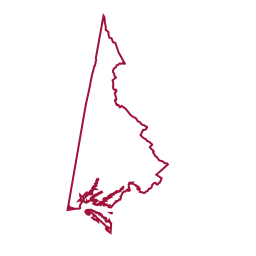 the border of Virginia, rotated 100°
{"feature_id": "USA-3552", "entity_name": "Virginia", "entity_type": "State", "adm_level": 1, "iso_a3": "USA", "parent_name": "United States of America", "parent_adm1": "", "projection": "natural_earth1", "projection_center": [-77.892, 37.995], "detail": "fine", "context": "isolated", "style": "outline", "palette": "rose", "viewbox_px": 256, "rotation_deg": 100, "n_neighbors": 0, "source": "natural_earth", "source_scale": "10m", "svg_char_len": 6083}
<svg xmlns="http://www.w3.org/2000/svg" viewBox="0 0 256 256"><g transform="rotate(100 128 128)"><path d="M215.3,173.3L214.5,172.0L214.8,173.3L112.1,173.6L97.3,172.9L83.4,172.7L72.9,171.9L72.5,171.4L66.2,171.2L65.0,171.8L21.7,171.6L22.8,170.6L25.7,169.6L28.1,169.3L29.9,168.3L32.6,167.4L35.4,166.9L35.5,166.1L37.1,163.8L38.5,163.7L42.0,162.3L42.4,161.5L42.5,159.8L46.0,157.7L46.3,157.0L46.2,155.6L46.9,154.9L55.2,150.4L65.1,142.3L65.4,142.8L65.5,143.3L64.6,144.4L65.9,145.5L66.0,147.5L67.5,148.7L68.0,149.7L68.6,150.2L70.2,150.4L71.1,151.5L72.7,152.5L74.6,152.7L75.5,152.5L77.0,151.0L78.8,150.6L80.2,148.7L80.9,148.8L81.6,149.8L83.0,150.7L83.7,151.5L86.0,150.4L88.6,150.0L89.5,149.6L90.6,149.9L92.3,148.9L92.8,148.1L92.4,147.1L92.4,146.5L93.3,145.8L94.5,146.0L94.7,146.5L95.8,147.2L101.3,144.5L102.3,144.5L102.6,145.6L103.2,145.7L107.2,143.2L107.4,142.5L106.9,142.1L106.9,141.5L109.0,139.7L108.8,139.1L107.4,138.2L107.5,137.7L109.5,133.6L114.7,127.8L116.2,125.0L116.8,122.2L119.9,119.2L119.9,117.9L120.6,116.7L121.4,116.2L122.5,114.1L122.6,112.2L123.2,111.2L123.7,109.4L124.0,109.3L126.2,110.1L127.3,112.1L127.2,112.8L132.8,114.4L135.0,111.4L136.1,108.2L137.5,106.9L137.9,104.8L140.0,101.4L140.3,101.3L142.9,103.2L143.3,103.1L146.4,98.7L146.7,98.6L147.2,99.1L148.1,98.8L149.2,97.4L150.5,96.8L151.2,95.8L151.2,95.3L151.7,94.5L154.5,91.6L154.8,88.1L156.1,86.1L156.3,85.3L156.1,83.4L157.0,82.4L169.1,92.0L171.7,86.1L176.1,87.1L176.8,88.2L178.4,88.9L178.6,89.4L178.6,90.0L177.4,91.2L177.2,91.7L177.6,92.6L179.5,94.2L181.7,94.4L183.2,95.0L183.8,95.6L184.2,96.9L186.4,97.6L187.6,99.4L188.4,99.6L189.3,101.1L189.0,101.5L189.1,102.9L188.8,103.3L188.9,105.4L187.2,105.7L186.8,106.6L185.9,106.2L185.9,106.5L186.7,107.9L185.4,108.4L184.9,108.0L185.2,107.3L185.0,107.0L184.3,107.2L183.9,108.7L183.3,109.5L183.6,110.0L183.0,110.4L182.9,111.2L181.9,113.7L182.2,115.1L181.1,114.4L181.3,115.0L182.7,116.3L182.8,116.7L181.5,116.9L181.6,117.1L183.9,117.5L185.9,116.9L186.8,116.3L188.0,116.3L188.7,115.5L189.1,115.4L189.8,116.1L189.8,117.5L189.6,117.8L188.8,117.9L190.1,119.1L191.0,119.4L191.3,121.2L192.3,121.6L193.1,122.3L196.3,122.8L196.7,123.5L198.2,122.8L199.0,123.3L199.8,123.1L200.2,123.7L200.0,124.3L201.9,125.5L202.2,126.2L201.9,126.5L202.0,127.0L203.7,127.3L203.9,127.6L203.5,127.8L209.1,130.8L209.4,132.2L209.1,133.4L208.6,133.3L207.4,132.3L207.2,132.5L208.0,134.7L207.7,135.7L207.2,135.8L208.2,136.9L208.2,137.2L207.2,137.2L207.3,137.7L206.8,138.2L207.4,139.2L207.7,139.2L207.3,139.6L205.2,138.9L204.5,138.2L204.3,138.4L203.6,136.9L203.0,138.5L202.7,138.6L201.9,136.7L199.7,133.6L199.2,133.8L198.8,133.5L198.7,132.7L198.4,133.0L197.7,132.9L196.0,130.5L194.4,129.6L193.9,128.4L193.2,128.1L191.8,124.9L191.1,124.3L189.7,124.1L189.0,122.8L188.6,122.6L187.0,122.3L186.8,122.6L187.4,123.1L188.8,123.1L189.0,124.1L189.4,124.6L191.1,125.0L192.0,126.0L192.1,128.4L193.2,128.8L193.5,129.6L195.3,131.2L196.4,133.4L197.3,134.4L198.4,134.4L198.5,135.5L199.9,136.0L200.8,137.3L201.0,138.7L201.5,139.5L202.2,139.9L204.6,139.6L205.2,140.5L208.2,141.3L207.4,141.8L205.5,142.2L205.5,142.4L207.8,143.7L208.1,142.9L208.6,142.9L208.8,143.9L208.4,144.7L209.3,145.1L208.9,148.6L208.4,149.1L207.9,148.7L207.3,147.0L206.2,147.1L205.0,145.3L204.6,146.0L205.3,146.9L204.5,146.7L204.1,147.2L205.3,148.5L204.5,149.0L205.5,149.0L206.1,150.1L205.9,150.6L202.9,151.3L201.3,149.0L200.8,148.8L199.2,146.3L198.3,145.8L197.0,143.7L195.7,142.4L195.4,142.7L195.3,143.3L196.1,143.9L197.2,145.8L198.0,146.3L200.2,149.9L203.7,152.5L205.7,151.9L206.0,152.3L205.9,153.1L206.1,153.6L206.6,154.0L206.7,153.7L207.5,154.2L208.1,155.1L206.9,156.0L208.7,156.1L208.6,157.7L208.0,158.7L206.5,159.0L205.4,159.8L204.7,159.9L204.1,158.2L202.3,157.4L201.7,156.4L201.3,156.5L200.1,155.4L199.8,154.6L200.1,153.8L199.5,152.2L198.9,151.8L197.0,152.3L196.7,153.0L196.1,151.9L193.9,150.9L193.7,149.0L193.4,149.6L193.3,150.7L192.6,151.4L192.0,151.5L190.5,149.1L189.9,149.2L188.8,150.2L188.4,149.2L187.9,148.9L186.6,149.2L185.7,148.8L184.7,148.9L183.9,148.2L183.2,148.8L183.5,149.4L185.8,150.1L188.0,150.1L188.5,150.8L189.8,149.9L190.3,150.1L190.9,151.6L192.9,152.7L195.2,152.7L196.2,154.0L197.4,154.5L198.1,153.2L198.6,153.4L198.9,155.9L198.5,157.1L198.8,157.8L201.1,158.3L200.7,158.9L201.6,159.3L203.0,160.6L203.5,162.1L202.3,163.5L203.0,163.4L204.5,162.4L205.9,162.3L207.1,162.8L207.3,163.5L208.2,163.9L207.5,162.8L207.9,161.9L207.2,161.4L207.2,160.7L207.7,160.4L208.7,160.4L212.3,161.8L213.5,161.9L214.6,161.2L215.4,161.3L215.8,161.9L216.5,165.2L219.3,173.3L218.6,173.3L218.6,171.8L218.1,171.0L217.4,168.4L216.6,168.0L216.2,171.5L216.4,173.3L215.3,173.3ZM231.0,127.3L229.9,128.2L229.5,129.0L229.9,129.6L229.5,130.1L229.9,130.3L229.2,131.1L230.0,131.4L229.8,131.7L228.1,133.1L221.2,143.8L220.0,144.9L220.2,145.3L219.9,146.0L220.6,146.4L220.5,146.6L219.8,146.9L219.1,146.7L218.3,148.0L217.4,151.5L217.1,154.9L216.8,155.2L216.3,154.9L215.4,153.1L215.6,151.6L215.0,151.1L215.1,150.3L215.9,149.2L215.2,149.2L215.8,147.5L215.7,147.1L216.5,146.1L216.6,145.8L216.0,146.0L216.3,145.0L217.3,144.2L217.1,143.6L216.5,143.9L216.6,143.0L217.0,142.3L218.1,141.5L217.0,141.1L217.6,140.5L217.4,140.0L218.6,139.4L218.2,138.9L218.5,138.4L219.9,138.1L219.8,137.3L220.7,136.3L220.1,136.2L220.1,135.9L221.0,135.1L220.9,134.7L220.4,134.2L220.7,133.8L221.6,134.2L223.0,134.0L222.7,133.4L222.8,132.7L223.9,132.7L223.5,132.2L223.6,131.2L221.8,130.6L223.0,129.7L224.2,129.4L224.5,129.1L224.2,128.9L224.8,128.0L231.0,127.3ZM217.3,155.6L218.2,154.8L217.8,151.8L218.2,150.4L218.6,150.1L219.2,150.7L218.6,151.6L218.6,152.7L219.1,153.1L219.9,153.0L220.2,152.6L220.2,152.9L218.3,155.3L217.3,155.6ZM234.3,127.0L232.3,131.2L231.0,132.3L230.6,132.0L230.4,131.8L230.7,131.6L231.5,131.7L231.7,131.3L231.1,131.0L231.2,130.7L232.2,130.2L233.5,127.6L233.8,127.1L234.3,127.0ZM224.9,141.3L225.5,141.1L223.7,144.2L223.6,143.9L224.9,141.3ZM224.1,144.7L224.0,145.3L222.5,147.6L222.4,147.4L223.6,144.9L224.1,144.7ZM217.0,173.3L216.9,172.9L217.8,172.5L217.9,173.3L217.0,173.3ZM214.9,129.2L214.9,130.0L214.7,130.5L214.5,129.2L214.9,129.2Z" fill="none" stroke="#9f1239" stroke-width="2"/></g></svg>